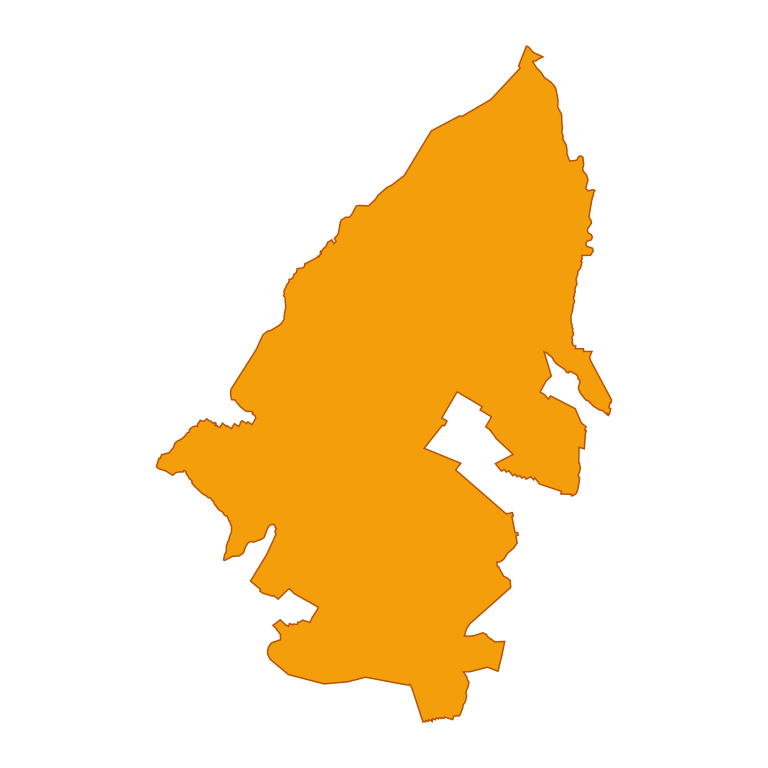 the district of Tepeaca, Puebla, Mexico
{"feature_id": "50627088B65762611280568", "entity_name": "Tepeaca", "entity_type": "district", "adm_level": 2, "iso_a3": "MEX", "parent_name": "Mexico", "parent_adm1": "Puebla", "projection": "robinson", "projection_center": [-97.879, 19.018], "detail": "fine", "context": "isolated", "style": "filled", "palette": "amber", "viewbox_px": 768, "rotation_deg": 0, "n_neighbors": 0, "source": "geoboundaries", "source_scale": "gbopen_adm2", "svg_char_len": 6115}
<svg xmlns="http://www.w3.org/2000/svg" viewBox="0 0 768 768"><path d="M507.8,553.0L513.5,548.2L517.2,543.1L515.9,535.8L518.2,535.2L517.7,532.5L515.2,533.1L511.9,516.4L513.2,516.1L512.5,512.6L506.2,513.9L455.6,469.9L460.9,463.3L424.2,448.3L442.5,425.1L444.1,425.8L444.8,425.5L447.0,421.0L441.9,417.9L457.1,391.8L482.1,406.6L480.1,410.0L491.5,416.8L485.7,426.8L490.8,430.5L490.4,430.7L495.4,437.0L495.4,437.8L513.1,454.4L495.4,463.6L501.4,471.1L504.3,469.6L506.3,472.1L508.9,470.8L512.8,475.7L515.3,474.3L517.2,476.8L519.9,475.7L521.8,478.1L524.3,476.7L526.2,479.2L530.8,476.8L533.7,479.9L534.8,477.8L539.5,484.0L561.6,491.4L560.8,494.0L571.4,494.3L571.2,495.7L572.6,495.8L575.5,494.1L576.7,492.7L578.2,487.6L579.7,477.8L577.9,475.6L578.5,475.1L580.6,467.9L579.7,466.0L579.5,463.0L578.7,462.6L579.1,447.3L584.3,448.9L585.4,433.7L586.4,430.8L584.7,430.1L586.1,426.7L581.3,422.9L575.2,408.6L550.5,395.9L548.4,399.1L544.6,394.7L540.2,392.0L546.0,381.1L551.4,376.1L544.1,351.7L547.5,353.4L548.7,355.0L550.4,355.7L553.0,358.5L553.2,359.7L556.5,363.9L564.8,369.5L566.6,372.3L568.6,372.9L569.6,371.2L576.3,374.5L577.9,376.6L578.1,379.2L579.8,380.0L579.9,382.3L578.4,387.2L578.5,388.9L580.4,393.3L586.0,400.2L587.8,400.4L593.6,406.3L599.7,410.1L602.2,410.3L608.8,416.0L606.9,413.4L609.4,414.1L610.7,408.7L608.8,407.7L610.1,402.4L611.1,402.7L611.6,400.0L590.4,360.3L589.6,357.0L592.0,351.4L583.6,351.5L583.5,348.6L575.3,348.8L575.8,346.1L573.1,345.3L572.6,344.7L572.7,342.8L571.9,342.2L572.5,340.3L571.8,337.3L573.7,334.0L572.5,330.3L573.0,328.7L572.2,327.4L572.0,324.7L571.1,322.6L570.9,316.1L572.6,310.2L573.2,304.8L574.6,301.7L573.4,296.9L574.5,296.1L574.2,294.4L575.2,292.1L575.0,288.0L576.9,284.3L576.1,278.9L577.9,273.8L577.6,271.7L580.4,268.4L580.7,266.2L581.3,265.9L581.9,261.9L580.6,261.0L582.2,259.0L581.8,255.5L590.5,255.3L593.2,251.1L592.5,248.2L587.2,246.5L586.2,245.2L585.9,243.3L586.8,241.5L588.1,240.7L590.9,240.1L592.4,237.6L591.4,234.7L588.2,232.8L587.4,230.6L587.8,228.6L591.4,223.2L591.3,221.1L589.4,217.8L589.1,216.0L591.7,200.5L592.5,197.1L593.4,195.6L593.4,193.3L594.9,190.5L592.9,189.7L588.5,190.8L587.6,190.6L586.2,188.9L585.9,187.9L588.0,179.7L586.4,174.9L583.2,171.1L582.7,168.6L583.7,164.6L582.9,157.2L581.2,156.1L579.0,156.2L576.6,160.2L569.7,161.1L567.0,154.3L566.9,149.0L566.0,144.7L562.8,138.8L563.1,136.1L561.8,132.2L562.5,127.0L561.9,124.7L561.6,114.4L557.8,107.3L558.0,100.0L556.1,89.8L554.8,86.6L551.1,82.3L544.3,77.5L541.0,72.3L536.6,67.9L532.9,62.0L532.8,61.3L536.3,60.7L538.5,58.9L542.9,56.9L533.0,52.2L528.7,47.1L526.4,46.1L518.6,66.0L520.1,68.1L491.0,99.4L462.1,116.3L459.3,116.0L431.3,130.9L404.2,175.6L391.6,185.2L387.1,187.4L378.1,195.2L375.2,199.6L368.4,206.0L359.5,205.4L356.2,206.1L351.7,214.5L349.5,217.2L345.7,217.2L341.2,220.2L340.4,221.9L338.5,232.6L337.3,235.4L334.4,238.3L336.1,241.4L333.8,243.7L331.9,239.8L327.7,242.3L326.2,246.0L323.0,249.0L321.4,251.6L320.8,251.1L320.1,252.6L321.4,253.3L321.4,253.9L319.6,254.9L319.4,256.5L317.8,256.3L317.8,256.9L315.1,258.6L304.6,264.0L304.9,265.1L303.8,267.2L301.8,268.1L297.2,268.6L296.5,272.7L294.2,273.9L292.8,277.8L290.9,279.2L289.1,279.3L288.9,282.2L287.0,284.4L283.9,291.2L284.3,293.9L283.5,295.8L285.0,297.2L285.7,307.3L284.1,316.2L284.3,318.6L283.6,320.0L281.7,323.0L279.2,325.3L270.9,330.4L267.6,331.1L262.9,334.9L256.3,349.4L231.0,389.3L230.5,393.0L231.5,399.7L234.7,399.9L240.2,406.6L245.3,410.8L247.1,411.4L252.2,411.6L252.9,412.5L252.2,413.7L255.2,416.0L255.7,418.2L252.0,424.7L247.9,421.8L246.6,423.5L242.1,420.7L240.3,422.3L240.6,423.2L238.8,426.5L234.3,423.6L231.5,428.7L227.0,425.7L226.6,426.4L222.4,423.1L220.0,427.3L218.3,427.2L217.2,425.6L215.7,424.7L215.6,425.7L215.0,425.2L216.0,423.4L215.7,422.8L214.4,422.5L212.9,423.5L211.2,421.3L209.1,420.7L206.5,418.8L204.4,421.0L201.8,421.1L200.6,420.2L200.0,420.4L199.1,422.5L198.0,423.2L197.2,425.4L197.5,426.4L194.6,426.1L191.3,427.8L189.3,429.9L189.4,432.0L187.4,432.8L184.3,436.7L180.8,439.5L177.1,441.2L174.8,443.3L173.5,447.4L169.0,452.8L161.6,454.7L160.2,458.3L158.9,458.3L156.4,466.5L158.2,468.5L165.8,471.0L172.7,475.3L175.7,472.7L178.7,472.0L182.9,472.0L184.1,470.5L185.7,471.4L186.3,474.1L188.2,476.2L189.0,478.2L191.7,480.6L192.1,481.8L191.8,482.9L194.5,486.2L202.3,493.6L206.8,496.2L208.2,497.6L210.7,498.2L212.4,500.8L213.6,501.4L214.7,504.8L215.6,505.3L217.7,508.5L219.5,510.3L222.3,511.7L223.6,514.0L226.0,516.2L227.2,516.1L229.0,520.9L230.2,522.0L230.3,523.7L231.6,526.7L231.4,532.6L229.6,536.3L228.7,540.7L227.8,541.7L226.4,545.9L226.3,551.3L224.4,555.4L223.6,560.0L225.0,560.3L232.5,556.3L238.9,556.0L240.0,555.4L243.0,553.3L243.8,552.0L245.7,546.6L248.1,542.9L250.5,541.5L253.4,542.2L261.4,539.3L264.2,537.4L267.0,529.6L269.6,525.2L273.4,524.3L275.2,526.0L275.3,527.6L276.4,528.3L274.9,531.5L275.9,534.3L270.9,545.4L266.4,555.0L250.5,581.1L260.5,589.4L259.8,591.1L262.9,593.3L272.6,596.1L273.7,595.6L278.2,599.1L287.0,590.5L289.3,588.9L290.1,589.0L289.9,589.3L294.5,593.8L318.3,607.2L317.0,610.2L312.1,617.6L310.0,622.4L302.4,620.1L299.6,622.4L298.0,622.0L297.2,624.5L293.4,624.0L292.9,624.9L289.4,623.5L288.5,626.5L285.6,624.8L280.3,619.8L272.9,625.4L275.5,627.9L280.8,635.0L280.3,635.7L280.6,639.7L272.2,642.5L270.0,644.6L268.2,647.9L267.5,651.6L267.7,654.2L270.2,659.4L288.5,674.6L324.0,683.9L347.7,681.8L365.4,677.2L404.3,684.5L408.0,685.0L409.3,684.4L409.6,685.1L410.4,685.1L412.4,689.5L422.9,721.8L423.2,721.2L425.5,721.9L425.9,720.6L428.2,721.4L428.6,719.7L431.1,720.9L431.5,720.0L432.2,721.2L432.9,718.8L435.5,719.8L436.1,717.9L438.5,718.8L438.8,717.8L441.1,718.5L441.4,717.7L443.9,718.4L444.5,717.0L452.6,719.6L454.0,716.0L459.5,715.8L462.7,708.2L463.1,705.2L465.2,701.9L466.6,696.8L466.5,694.2L465.8,693.3L466.2,691.1L468.2,686.3L469.0,682.2L467.2,679.3L466.9,677.2L463.4,671.9L470.2,671.7L487.4,667.2L498.0,671.3L501.9,655.4L504.7,641.4L495.0,641.9L488.2,637.1L486.9,635.9L486.7,634.6L482.9,632.8L473.9,635.7L468.9,636.2L464.4,635.9L466.6,628.6L470.0,623.6L510.7,587.5L510.3,580.5L507.1,577.9L503.5,576.1L498.5,566.7L497.5,566.5L496.6,562.5L500.8,561.5L503.7,559.3L507.8,553.0Z" fill="#f59e0b" stroke="#b45309" stroke-width="1.5"/></svg>